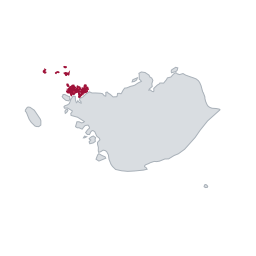 location of Sinan-gun, South Jeolla, South Korea, rotated 73°
{"feature_id": "91817680B46467557111645", "entity_name": "Sinan-gun", "entity_type": "district", "adm_level": 2, "iso_a3": "KOR", "parent_name": "South Korea", "parent_adm1": "South Jeolla", "projection": "orthographic", "projection_center": [125.994, 34.593], "detail": "fine", "context": "in_parent", "style": "filled", "palette": "rose", "viewbox_px": 256, "rotation_deg": 73, "n_neighbors": 0, "source": "geoboundaries", "source_scale": "gbopen_adm2", "svg_char_len": 8437}
<svg xmlns="http://www.w3.org/2000/svg" viewBox="0 0 256 256"><g transform="rotate(73 128 128)"><path d="M91.1,64.2L91.9,63.5L92.0,62.6L92.0,59.5L94.3,57.4L97.6,53.0L99.3,50.6L101.1,48.4L103.3,46.9L105.4,46.2L108.7,45.8L115.2,46.0L116.4,45.7L120.9,45.4L121.9,45.8L125.2,46.0L128.8,45.6L130.6,45.0L132.2,43.8L133.7,41.8L135.1,38.1L136.6,35.2L137.5,34.7L144.5,49.8L151.1,59.5L156.7,66.6L164.9,80.1L167.4,87.4L167.8,92.0L169.4,98.2L168.4,101.9L168.9,107.6L168.5,110.5L167.6,112.7L167.7,116.8L168.1,119.0L168.3,121.9L168.9,123.1L169.8,123.5L171.2,122.3L173.0,121.8L172.8,125.4L171.0,134.4L169.4,140.9L167.0,146.7L164.0,152.0L160.2,154.1L157.5,154.9L152.4,155.3L148.0,154.6L144.4,155.3L142.9,156.4L141.9,158.3L142.7,161.1L142.7,163.2L141.1,163.1L137.9,162.0L134.5,161.9L132.8,161.3L131.1,158.3L129.4,158.4L126.6,160.3L122.1,160.8L120.6,161.8L120.0,163.0L120.7,164.6L123.0,166.7L122.3,168.8L120.0,169.9L118.0,167.3L116.8,164.8L115.5,164.7L113.5,165.4L113.1,168.2L114.1,170.0L115.7,172.2L113.5,174.7L112.9,176.5L111.4,177.8L107.1,175.0L107.7,173.0L109.5,171.0L109.7,169.0L109.1,167.8L103.0,173.0L99.3,178.8L97.3,178.4L96.4,176.9L95.3,176.3L91.2,180.0L90.5,183.0L89.0,183.1L88.3,181.9L88.2,179.2L87.5,177.0L83.3,173.7L81.4,170.8L82.4,169.2L85.9,170.1L88.7,170.0L88.1,168.6L87.2,168.0L89.1,167.2L90.6,165.6L89.3,165.2L87.4,166.1L85.8,165.7L85.1,161.9L83.1,158.1L82.1,154.3L84.0,152.2L85.0,148.8L86.8,144.0L87.7,142.4L90.2,141.3L91.0,140.0L89.7,139.4L87.5,138.8L87.5,137.4L89.0,136.6L90.7,135.1L93.9,133.2L94.8,129.6L93.9,128.8L91.9,127.9L92.3,126.1L93.2,124.8L92.8,124.0L90.5,121.7L88.9,119.6L89.3,117.2L88.9,113.6L89.1,110.5L89.0,108.9L87.9,105.2L87.3,101.5L85.8,102.1L84.6,103.0L80.3,101.7L78.9,101.6L78.3,98.9L79.9,95.5L83.5,92.5L85.7,92.1L87.2,90.7L89.7,90.3L92.7,92.3L95.4,92.7L96.9,96.2L97.9,97.0L98.0,95.7L100.2,94.1L100.7,93.0L100.2,92.4L97.7,91.8L95.5,87.4L95.1,85.5L94.3,84.3L95.5,80.8L92.9,76.9L91.6,75.7L91.8,72.1L90.4,69.8L89.7,68.6L89.2,66.4L89.6,65.5L90.7,65.1L91.1,64.2ZM83.3,220.6L82.0,221.3L80.8,220.9L80.5,220.5L79.0,218.6L78.7,217.5L79.6,215.6L83.6,212.4L93.8,209.3L95.6,209.2L99.7,210.5L100.6,212.9L99.9,215.0L98.9,216.4L94.3,218.9L90.6,220.0L83.3,220.6ZM151.1,165.5L148.5,167.7L144.9,164.9L144.0,163.4L146.6,161.0L148.9,158.3L150.4,158.1L151.1,165.5ZM132.1,165.7L131.9,169.1L129.9,169.3L128.6,167.1L127.4,168.2L126.7,168.2L125.7,165.6L125.5,163.5L127.8,161.8L129.2,162.8L131.3,163.2L132.1,165.7ZM80.5,181.2L78.7,181.8L77.7,180.6L77.0,180.3L77.4,178.7L80.3,175.7L80.9,174.6L83.6,175.2L84.7,176.8L83.4,179.3L80.5,181.2ZM88.0,65.7L87.9,70.3L86.4,70.1L85.4,69.6L85.0,68.8L83.9,64.6L85.1,62.8L87.3,64.2L88.0,65.7ZM78.8,168.9L78.4,169.7L77.2,169.4L75.9,167.1L75.4,165.2L74.1,164.2L76.1,162.6L78.7,165.5L78.8,168.9ZM85.4,108.4L85.1,110.6L83.2,109.2L82.7,104.3L84.6,105.7L85.4,108.4ZM207.6,71.4L206.4,72.4L204.9,71.5L204.7,70.4L205.4,69.5L207.1,68.8L208.0,69.6L207.6,71.4ZM95.2,182.1L95.7,183.7L93.4,183.4L92.2,181.8L92.4,180.5L93.7,180.3L95.2,182.1ZM124.7,172.4L124.4,173.5L123.0,171.9L124.3,170.1L124.7,172.4Z" fill="#d9dde1" stroke="#a8b0b8" stroke-width="1"/><path d="M77.8,168.1L77.6,167.9L77.6,167.6L76.9,167.6L76.5,167.9L76.4,168.2L76.0,168.9L76.0,169.7L76.1,169.8L76.8,169.9L77.1,170.2L77.3,170.6L77.6,170.6L78.3,170.4L79.4,169.5L79.4,169.0L78.8,168.3L78.6,168.1L77.8,168.1ZM76.4,162.6L76.2,162.0L75.8,162.0L75.7,162.6L74.9,162.7L74.6,162.5L74.2,163.3L73.8,163.8L73.3,163.9L73.2,164.1L73.3,164.2L73.6,164.3L73.8,164.5L74.8,164.6L74.9,164.9L75.1,165.1L75.8,164.9L76.5,164.6L76.9,164.2L77.0,163.0L76.4,162.6ZM77.6,156.4L77.7,155.8L78.8,154.8L77.4,154.8L76.7,155.9L76.3,156.1L75.8,156.2L75.8,155.8L75.7,156.1L75.2,155.8L75.2,156.0L75.3,156.3L75.2,156.5L75.1,157.0L75.4,157.6L76.4,158.1L76.9,158.1L77.5,157.7L77.8,157.2L77.6,156.4ZM81.1,156.3L80.5,156.3L80.0,156.0L79.3,155.9L78.9,156.2L78.6,156.7L78.5,157.0L79.1,157.5L79.9,157.9L80.6,158.0L80.5,158.4L80.3,158.5L80.2,158.7L80.5,158.5L80.6,159.2L80.7,159.3L81.0,159.1L81.1,159.4L81.3,159.4L81.5,159.1L81.3,158.2L81.6,157.8L81.4,157.6L81.3,157.1L81.1,157.0L81.1,156.3ZM74.1,167.9L74.1,166.6L73.8,166.5L73.0,167.1L72.6,167.3L71.3,167.4L71.0,168.8L71.5,169.7L72.4,169.4L72.6,168.9L72.4,168.4L72.9,168.4L74.0,168.0L74.1,167.9ZM82.7,162.9L82.5,162.5L82.0,162.7L81.9,163.0L82.0,163.2L82.5,163.3L82.5,163.6L81.9,163.9L81.8,164.4L81.2,164.6L80.6,164.5L80.3,164.9L81.2,165.2L81.5,165.2L81.9,164.9L82.2,164.9L82.7,165.3L82.9,165.1L83.5,165.1L83.4,165.7L83.6,165.9L83.9,166.0L84.1,165.9L84.4,165.4L84.3,164.8L83.9,164.5L83.1,164.4L83.0,164.2L83.3,163.7L83.1,162.9L82.7,162.9ZM74.0,169.8L73.1,168.9L72.9,168.8L72.6,169.5L71.9,169.7L71.8,169.8L71.8,170.9L72.2,170.9L72.3,171.1L72.5,171.1L72.4,171.2L72.7,171.2L72.8,171.4L73.0,171.5L73.5,171.4L73.7,170.9L74.4,170.7L74.2,169.4L74.1,169.1L73.9,169.1L74.1,169.4L74.1,169.6L74.0,169.8ZM79.1,159.9L78.5,158.9L78.0,158.9L76.7,159.7L76.6,159.9L77.7,160.0L77.8,160.3L77.8,160.6L77.6,161.1L77.6,161.6L78.1,161.7L78.5,161.9L79.1,161.2L79.1,159.9ZM78.6,164.4L78.0,163.9L77.3,163.9L77.2,164.1L77.2,164.4L77.4,164.6L77.4,164.8L76.2,164.9L75.8,165.2L76.6,166.2L76.8,166.8L77.0,166.8L77.4,166.6L77.5,165.7L77.6,165.4L77.8,165.4L77.9,165.7L78.1,165.7L78.3,165.3L78.4,165.1L77.9,164.9L77.8,164.7L78.1,164.5L78.6,164.6L78.6,164.4ZM80.3,172.6L79.4,172.3L79.2,171.6L78.7,171.1L78.4,171.1L78.0,171.1L77.5,171.2L77.4,171.3L77.2,171.7L77.6,172.9L79.1,172.9L79.3,172.7L80.1,172.8L80.3,172.6ZM76.7,175.1L77.1,174.1L77.1,173.9L76.3,173.0L76.3,172.5L76.1,172.4L75.6,172.4L75.5,172.9L75.8,172.9L75.7,173.2L76.2,173.8L76.3,174.2L76.0,174.8L74.9,175.0L74.9,175.3L75.4,175.0L75.7,175.0L75.8,175.2L75.8,175.4L75.1,175.5L75.0,175.8L75.3,175.9L76.2,175.5L76.7,175.1ZM75.6,174.4L75.7,173.9L75.3,173.2L75.3,172.8L75.3,172.5L75.7,171.5L75.7,171.3L75.4,171.1L75.0,171.9L74.4,172.1L74.3,172.3L74.6,172.7L74.6,173.4L74.9,173.6L74.6,173.9L74.6,174.4L74.7,174.6L74.8,174.7L75.1,174.5L75.4,174.5L75.6,174.4ZM78.8,168.0L78.8,165.9L78.0,166.2L78.0,166.5L77.5,166.9L76.4,167.0L76.7,167.4L77.6,167.4L77.8,167.9L78.1,168.0L78.8,168.0ZM58.9,170.6L59.0,170.0L58.7,170.5L58.0,170.2L57.5,170.3L57.5,170.6L56.9,171.6L57.0,172.8L57.5,172.6L57.6,171.9L58.1,171.4L58.4,171.2L58.6,170.8L58.9,170.6ZM79.2,158.1L77.9,157.9L77.7,158.5L78.3,158.7L79.2,159.2L79.4,159.2L79.6,159.1L79.6,158.7L79.4,158.3L79.2,158.1ZM49.6,192.4L49.9,192.3L49.8,191.9L49.4,191.7L49.1,190.9L48.5,190.6L48.3,190.7L48.4,190.9L48.4,191.4L48.7,191.7L48.9,192.2L49.6,192.4ZM70.1,173.5L70.1,172.5L69.8,172.5L68.7,172.8L69.0,173.3L68.6,173.3L68.5,173.5L68.9,173.7L70.1,173.5ZM79.7,162.5L80.0,162.1L80.2,161.1L80.4,160.8L80.4,160.4L80.0,160.2L79.6,160.8L79.5,162.2L79.5,162.5L79.7,162.5ZM50.9,171.2L51.5,170.9L51.9,170.2L51.9,169.6L51.8,169.4L51.6,169.3L51.3,169.6L51.2,170.2L50.8,170.8L50.9,171.2ZM79.2,171.0L79.7,170.6L79.8,169.9L79.0,170.0L78.6,170.3L78.8,170.7L79.2,171.0ZM76.5,172.4L76.3,172.0L76.4,170.9L76.3,170.5L76.1,170.4L76.0,170.9L76.0,171.7L76.3,172.4L76.5,172.4ZM74.6,173.8L74.0,172.4L73.8,172.7L74.0,173.1L73.7,173.2L73.6,173.8L73.9,173.5L74.1,173.5L74.2,173.8L74.6,173.8ZM59.1,168.9L58.6,168.7L58.0,168.4L58.9,169.7L58.9,169.3L59.5,169.1L59.0,168.7L58.8,168.6L59.1,168.9ZM76.3,167.0L76.4,166.8L76.2,166.4L75.6,165.7L75.4,165.7L75.3,165.8L75.7,166.3L76.1,166.9L76.3,167.0ZM53.9,179.6L53.9,179.3L53.9,179.0L54.5,178.3L54.5,178.0L54.3,178.0L53.8,178.6L53.7,179.4L53.8,179.6L53.9,179.6ZM73.4,172.7L72.8,171.9L72.4,172.2L72.7,172.7L72.8,172.5L73.1,172.8L73.4,172.9L73.4,172.7ZM75.1,169.2L74.8,168.5L74.8,168.0L74.6,167.9L74.5,168.6L74.6,169.1L75.0,169.3L75.1,169.2ZM82.0,161.2L81.5,160.8L81.4,160.8L81.5,161.1L81.3,161.1L81.5,161.3L81.7,161.2L81.9,161.3L81.7,161.5L82.0,161.5L81.8,161.7L81.8,161.9L82.0,161.8L82.2,162.0L82.3,161.9L82.0,161.2ZM81.1,162.6L81.1,162.4L80.8,161.9L80.4,162.0L80.3,162.5L81.1,162.6ZM74.8,157.2L74.9,156.7L74.6,156.3L74.3,156.4L74.4,157.0L74.6,157.2L74.8,157.2ZM81.2,160.5L81.6,160.4L81.6,160.0L81.5,159.7L81.1,159.7L81.2,160.1L81.2,160.5ZM54.6,180.9L54.0,180.2L53.9,180.2L54.0,180.7L54.2,181.1L54.4,181.1L54.6,180.9ZM51.0,191.4L51.0,190.7L50.9,190.5L50.7,190.5L50.7,191.2L50.8,191.4L51.0,191.4ZM79.2,163.9L79.2,163.4L79.3,163.3L79.1,163.0L79.1,163.3L78.8,163.5L78.9,163.8L79.2,163.9ZM76.0,168.4L75.9,167.9L76.0,167.6L75.5,167.7L75.4,167.9L76.0,168.4ZM59.3,172.0L59.5,171.8L59.5,171.6L59.1,171.6L58.8,172.0L59.3,172.0ZM70.5,172.8L70.3,172.9L70.5,173.6L70.4,173.0L71.1,173.3L70.5,172.8ZM48.6,190.1L48.2,189.9L48.0,190.1L48.6,190.1Z" fill="#f43f5e" stroke="#9f1239" stroke-width="1.5"/></g></svg>